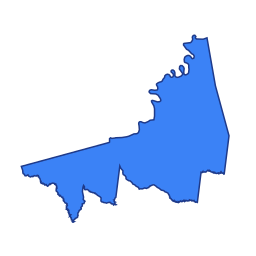 outline of Mapiripana, Guainía, Colombia, rotated 7°
{"feature_id": "7082276B54584642345614", "entity_name": "Mapiripana", "entity_type": "district", "adm_level": 2, "iso_a3": "COL", "parent_name": "Colombia", "parent_adm1": "Guainía", "projection": "mercator", "projection_center": [-70.379, 2.876], "detail": "fine", "context": "isolated", "style": "filled", "palette": "blue", "viewbox_px": 256, "rotation_deg": 7, "n_neighbors": 0, "source": "geoboundaries", "source_scale": "gbopen_adm2", "svg_char_len": 5859}
<svg xmlns="http://www.w3.org/2000/svg" viewBox="0 0 256 256"><g transform="rotate(7 128 128)"><path d="M111.2,144.6L26.8,179.1L28.6,182.8L29.2,185.5L29.6,186.1L30.9,186.7L31.0,187.2L31.7,188.0L32.9,187.8L34.4,186.7L35.2,187.8L37.1,188.5L38.5,187.7L39.4,187.9L39.5,187.5L40.3,187.3L40.7,186.7L42.8,186.9L43.3,186.2L43.9,186.0L44.5,186.5L44.7,186.4L44.7,187.1L45.3,187.1L45.7,188.1L46.6,188.7L47.5,190.8L48.2,191.6L48.2,192.1L47.8,192.2L48.3,193.2L48.9,193.5L49.6,193.4L49.9,193.6L50.1,193.1L50.4,193.1L50.8,193.9L52.0,193.8L52.2,194.6L52.5,194.8L53.8,194.2L53.8,194.5L55.2,195.6L55.6,195.4L56.3,194.3L56.8,193.9L56.9,193.3L57.5,192.9L57.8,193.1L57.8,192.8L58.2,192.9L59.6,191.9L61.2,191.9L62.6,192.3L62.3,192.9L63.0,193.1L63.3,192.9L63.4,193.5L64.1,193.9L64.3,195.9L64.6,195.8L64.5,196.3L64.7,196.6L64.3,196.8L64.1,197.3L64.4,197.9L64.2,198.5L64.6,199.5L65.2,199.6L65.7,200.3L66.3,200.7L66.5,202.2L66.9,202.0L67.3,202.3L67.7,203.3L68.3,203.7L68.4,203.2L69.2,203.2L69.3,203.7L71.0,205.0L71.6,204.7L71.9,205.6L72.8,206.2L73.0,207.2L72.5,207.4L72.9,208.3L73.5,208.5L74.8,210.1L76.1,210.2L76.2,210.5L76.7,210.6L76.6,211.4L77.0,211.6L77.3,212.2L77.0,212.7L76.3,213.0L76.8,213.9L76.5,214.8L77.2,215.4L77.1,215.6L77.4,215.7L77.1,215.9L77.7,216.0L77.5,216.3L78.4,216.4L78.3,217.1L78.8,217.1L78.6,217.3L79.2,218.0L79.0,218.6L79.6,218.8L79.3,219.4L79.5,219.7L79.8,219.5L79.9,220.1L80.4,220.4L80.2,221.1L80.7,221.3L81.3,221.2L80.8,221.8L81.4,222.0L81.2,222.4L81.5,222.2L81.4,223.0L82.5,224.0L82.3,224.2L82.9,225.2L83.0,225.9L83.4,225.8L83.8,226.5L84.1,226.5L83.9,227.4L84.5,227.9L84.5,228.1L85.0,228.2L85.3,228.0L85.0,227.8L85.5,227.5L84.9,227.5L85.0,226.3L86.4,225.0L86.6,224.2L88.2,223.3L88.9,222.4L88.7,221.5L89.1,220.9L88.7,219.7L88.7,218.3L89.4,217.1L89.6,215.8L91.3,214.4L91.4,213.5L91.0,213.1L90.9,212.6L92.2,210.9L91.9,209.7L91.9,208.7L93.3,208.5L93.8,207.4L93.7,206.5L94.2,205.9L92.3,204.5L92.3,202.0L90.5,196.7L90.5,192.4L90.9,190.4L91.9,191.5L91.7,192.4L92.2,192.9L92.0,193.4L92.6,194.4L93.6,194.4L94.9,193.9L96.8,194.8L97.4,195.8L98.4,195.6L98.9,196.2L100.0,196.1L100.7,196.5L101.9,196.4L102.6,196.8L103.1,196.5L103.6,197.3L104.8,197.5L105.7,198.4L108.7,199.7L109.8,200.7L110.0,203.7L111.1,204.6L112.2,204.6L113.2,205.0L114.5,204.9L115.8,205.2L117.1,204.5L119.2,203.9L119.6,204.5L120.5,204.7L120.8,205.3L122.0,205.1L123.1,206.2L123.9,205.3L125.0,205.7L125.5,205.5L123.8,204.5L124.1,203.8L123.7,203.2L124.2,203.0L123.2,202.6L123.2,201.3L122.8,201.1L123.3,200.8L123.7,199.0L124.4,198.3L124.5,166.7L125.8,168.9L128.2,171.1L128.3,173.1L128.9,174.7L130.9,175.7L132.0,177.0L132.2,178.5L132.6,179.0L135.1,180.2L136.7,180.3L138.6,181.7L139.7,183.1L141.5,183.5L143.0,184.7L145.6,185.7L146.6,187.3L147.3,186.9L149.9,186.6L151.8,185.5L153.9,185.7L154.7,185.0L155.8,184.6L156.2,183.7L156.9,183.3L157.0,182.7L157.6,182.6L159.4,181.5L160.6,181.2L162.7,182.2L164.2,183.3L166.3,184.1L168.6,185.6L171.1,185.8L172.4,186.8L174.3,187.2L175.8,187.9L176.4,189.0L177.0,189.4L177.1,190.0L177.6,190.5L177.7,191.5L178.2,191.7L178.2,192.6L179.4,192.9L179.7,193.6L180.6,194.0L180.6,194.4L181.0,194.7L181.3,194.9L181.7,194.7L181.6,194.9L182.1,195.1L182.6,194.6L183.3,194.8L183.3,195.2L183.9,195.0L184.5,195.4L184.8,195.3L184.6,195.7L186.4,195.8L186.8,195.3L187.2,195.8L187.5,195.5L187.5,194.8L187.9,194.7L187.7,195.1L188.1,195.2L189.2,194.0L189.3,194.3L190.3,194.6L190.8,194.3L190.9,193.9L191.8,193.2L191.7,193.9L192.6,193.4L193.1,194.0L193.5,193.3L193.7,193.6L194.3,193.0L194.4,193.3L195.7,192.9L196.1,193.2L196.8,193.0L196.9,192.8L197.9,192.6L197.8,191.8L199.0,192.1L199.5,191.9L200.0,192.5L200.5,192.1L201.1,192.1L201.2,192.4L202.4,191.9L202.7,192.9L203.6,193.0L203.9,193.4L204.5,193.2L204.7,193.4L205.6,192.9L205.9,193.1L205.9,163.0L206.6,163.2L206.9,162.9L207.0,163.0L207.5,162.2L207.6,162.8L209.2,162.2L209.6,162.4L210.0,162.2L210.6,162.3L212.4,160.2L213.0,160.6L213.7,160.0L214.5,160.4L214.2,160.9L215.0,160.9L215.9,161.5L217.4,161.4L217.7,161.0L217.6,161.5L218.0,161.4L218.2,162.2L219.3,162.2L219.6,161.5L220.1,162.1L221.1,162.4L222.9,161.7L222.9,162.1L223.7,162.4L223.9,161.6L225.0,161.6L225.2,160.8L225.6,161.0L225.7,160.6L225.9,161.0L226.2,160.6L226.8,161.3L228.0,161.1L228.0,161.4L228.3,161.4L228.5,161.7L228.8,161.5L228.9,162.0L229.1,161.9L229.2,123.4L209.6,75.4L195.4,28.9L191.8,30.7L185.1,31.3L183.9,30.5L183.8,30.0L184.2,28.9L183.0,27.8L182.4,27.9L181.6,28.2L180.9,29.2L180.8,30.4L181.3,31.6L181.3,32.9L180.3,35.0L179.5,35.7L173.3,37.2L172.9,37.7L173.0,38.9L176.5,42.7L178.6,43.5L182.1,46.5L183.8,47.1L185.0,48.6L184.8,50.6L183.7,51.3L183.0,51.2L181.3,49.3L179.8,48.6L178.8,48.6L177.8,49.0L176.4,50.0L175.7,50.9L175.4,53.1L175.9,55.4L176.5,56.0L178.3,56.3L179.8,57.0L180.6,58.0L180.9,60.6L181.4,62.2L181.4,65.8L181.0,66.7L179.8,67.7L178.7,68.3L177.5,68.1L176.7,66.8L176.5,65.0L176.5,62.3L175.8,60.8L174.1,59.5L172.6,59.6L171.8,60.6L171.8,63.1L175.7,67.4L175.6,68.3L174.4,70.0L171.8,71.5L170.4,71.8L169.2,71.4L168.4,70.8L168.1,69.9L167.8,67.4L167.0,65.8L165.5,64.9L164.3,65.3L163.9,65.9L163.9,67.0L166.2,68.7L166.7,70.5L166.5,71.5L165.7,72.2L164.6,72.4L163.7,71.8L163.0,70.6L162.1,70.0L160.6,69.8L159.3,70.4L158.2,71.7L158.1,73.4L156.8,75.4L156.3,77.1L155.2,78.1L154.0,78.5L152.3,79.5L151.0,80.8L151.0,81.7L152.4,83.6L152.6,84.6L152.8,85.5L152.5,86.5L152.0,86.8L149.9,87.3L146.5,87.2L145.3,87.7L144.8,88.3L144.5,89.1L144.7,89.9L146.2,91.1L151.5,90.8L153.9,91.8L156.6,95.0L157.2,96.4L157.1,97.1L156.2,98.0L154.1,98.5L149.1,97.6L148.4,97.8L148.0,98.3L148.4,99.4L151.0,102.9L152.0,105.7L152.9,113.0L152.7,116.7L149.0,117.6L147.2,119.2L144.2,120.9L142.1,120.8L140.2,120.2L139.1,120.3L138.5,120.7L138.1,121.4L138.1,122.6L138.7,124.4L139.5,128.4L139.0,131.0L138.1,132.2L136.7,132.8L134.7,133.1L129.9,136.0L127.7,136.9L123.1,138.2L117.0,139.2L116.1,139.6L113.2,140.3L111.9,139.9L111.0,140.8L111.4,144.2L111.2,144.6Z" fill="#3b82f6" stroke="#1e3a8a" stroke-width="1.5"/></g></svg>